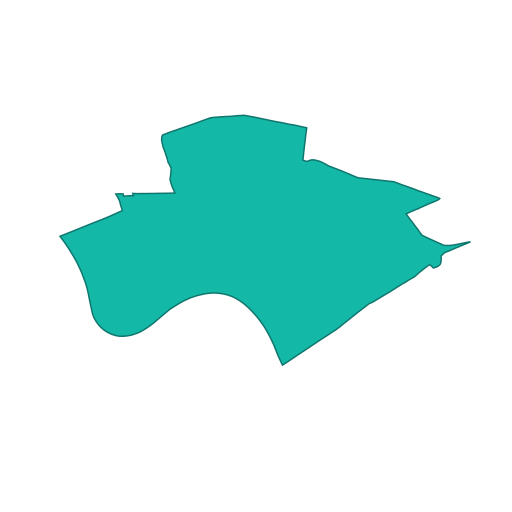 Culemborg, Gelderland, Netherlands (Mercator projection), rotated 208°
{"feature_id": "6326949B1305766701073", "entity_name": "Culemborg", "entity_type": "district", "adm_level": 2, "iso_a3": "NLD", "parent_name": "Netherlands", "parent_adm1": "Gelderland", "projection": "mercator", "projection_center": [5.204, 51.949], "detail": "fine", "context": "isolated", "style": "filled", "palette": "teal", "viewbox_px": 512, "rotation_deg": 208, "n_neighbors": 0, "source": "geoboundaries", "source_scale": "gbopen_adm2", "svg_char_len": 5997}
<svg xmlns="http://www.w3.org/2000/svg" viewBox="0 0 512 512"><g transform="rotate(208 256 256)"><path d="M438.3,181.4L434.1,179.4L430.3,177.5L425.5,175.0L421.7,172.8L418.3,170.8L414.7,168.6L411.2,166.3L407.8,163.8L404.6,161.4L401.7,159.1L398.1,155.9L395.1,153.3L392.1,150.4L389.3,147.4L386.6,144.3L383.8,140.8L381.5,138.0L376.2,131.7L373.3,128.3L370.3,125.6L366.7,123.3L363.1,121.5L359.3,120.1L358.2,119.9L355.0,119.2L351.1,118.9L346.8,119.1L342.8,119.8L338.8,121.1L336.0,122.6L335.2,123.0L331.8,125.3L328.6,127.9L325.7,130.9L323.0,134.1L320.7,137.6L318.7,141.1L316.8,144.8L315.2,148.2L315.0,148.7L310.7,159.5L307.2,168.2L306.0,170.4L302.1,177.2L299.0,182.1L296.5,185.4L294.0,188.6L291.1,191.7L288.1,194.6L285.0,197.2L283.9,198.2L281.8,199.8L278.3,202.1L276.0,203.5L273.7,204.6L270.9,205.8L267.0,207.2L263.1,208.2L258.9,208.9L254.8,209.1L250.7,209.0L246.5,208.5L242.5,207.8L238.5,206.8L234.5,205.6L232.2,204.8L231.0,204.4L226.7,202.8L222.5,200.9L218.8,199.1L215.5,197.4L211.9,195.2L208.5,193.0L205.1,190.7L201.7,188.2L198.5,185.8L197.1,184.6L192.4,180.6L189.7,178.3L182.0,172.5L181.4,172.1L178.8,176.7L178.1,178.0L177.2,179.7L173.5,186.7L163.7,204.9L162.7,206.6L161.4,209.2L160.6,210.7L159.1,213.4L155.4,220.0L152.3,225.8L151.3,227.4L149.8,230.6L148.8,232.6L147.2,236.6L143.9,244.1L143.3,245.6L142.4,247.6L140.8,251.3L140.1,253.0L139.4,254.5L139.1,255.2L136.6,260.7L135.9,262.3L134.0,266.4L133.6,267.3L133.0,268.1L132.7,268.3L132.4,268.7L131.6,269.6L131.0,270.6L126.3,278.4L124.2,282.0L123.9,282.4L123.6,282.9L123.4,283.3L122.6,284.7L121.3,286.6L121.1,287.0L120.3,288.4L119.6,289.8L118.4,291.8L117.4,293.5L116.8,294.7L115.9,296.2L114.9,297.9L114.2,299.2L113.5,300.3L113.0,301.0L112.9,301.2L112.5,301.9L112.0,302.5L111.5,303.5L110.6,305.0L110.1,306.0L108.6,308.5L108.4,308.9L106.6,311.5L105.4,314.4L104.0,318.3L103.6,319.2L101.2,324.7L99.5,328.5L98.4,329.5L98.0,329.7L97.3,329.8L96.4,329.6L94.3,328.7L93.6,328.9L93.1,329.3L92.0,330.4L91.5,331.0L90.4,332.5L89.7,334.2L89.5,335.2L89.5,335.8L89.7,336.9L90.2,338.3L90.6,338.8L90.8,339.6L91.1,340.4L92.5,342.7L92.4,343.5L91.3,346.8L90.9,347.5L90.5,348.2L89.5,349.4L88.8,350.1L86.8,352.5L85.2,354.6L84.0,356.1L82.3,358.2L82.2,358.3L81.3,359.3L79.7,361.4L77.4,364.1L76.7,365.0L75.4,366.5L74.6,367.5L74.1,368.1L73.7,368.6L74.1,368.8L74.2,368.7L74.7,368.0L75.1,367.9L77.0,366.4L83.5,361.0L86.4,358.7L88.6,357.1L90.2,356.1L92.6,354.8L94.5,353.9L95.0,353.8L95.3,353.7L96.3,353.5L97.6,353.5L101.5,353.2L109.7,352.7L117.2,352.3L117.9,352.3L118.1,352.2L119.0,352.3L119.3,352.4L119.6,352.5L120.0,352.7L121.1,353.1L122.7,353.9L125.1,355.2L126.6,355.9L127.8,356.4L130.4,357.6L131.0,357.9L135.4,360.0L135.7,360.0L139.2,361.7L143.2,363.6L142.9,364.0L142.7,364.3L140.5,367.3L138.2,370.1L137.0,371.6L136.4,372.4L135.9,372.9L135.2,373.6L134.6,374.3L134.7,374.5L131.3,378.8L131.1,379.1L130.5,379.9L129.5,381.1L127.9,383.2L127.3,383.9L126.7,384.6L125.4,386.3L125.3,386.2L123.5,388.5L121.5,391.1L120.9,392.2L120.7,393.0L121.5,393.1L122.3,392.9L124.3,392.7L124.5,392.6L125.4,392.5L127.0,392.3L129.4,391.9L132.2,391.5L133.3,391.4L134.0,391.3L134.7,391.1L136.3,390.9L137.7,390.7L138.4,390.6L140.0,390.4L140.6,390.3L142.3,390.0L145.2,389.6L146.4,389.5L147.0,389.4L148.7,389.2L149.3,389.1L150.7,388.9L150.9,388.9L151.6,388.8L152.5,388.6L153.6,388.5L155.3,388.2L155.6,388.2L157.7,387.9L159.7,387.5L162.9,387.1L168.3,386.4L169.1,386.3L173.6,384.5L177.9,382.8L181.2,381.5L201.8,373.3L202.7,373.0L207.1,372.5L212.2,372.1L214.0,371.9L215.4,371.8L216.3,371.7L216.9,371.6L219.6,371.4L221.5,371.2L221.9,371.1L222.7,371.0L224.7,370.8L227.8,370.4L230.5,370.1L231.3,370.0L232.9,369.8L233.7,369.7L235.8,369.7L236.6,369.7L238.9,369.8L240.3,369.7L241.8,369.7L243.4,369.6L245.3,369.3L245.7,369.2L248.7,368.5L249.0,368.4L249.5,368.2L250.3,367.9L251.4,367.3L251.9,367.0L252.4,366.7L252.7,366.4L254.8,364.1L255.1,363.8L255.8,363.3L256.1,363.2L256.7,363.1L257.1,363.0L258.6,362.8L259.7,362.7L259.9,363.4L260.7,365.4L261.5,367.4L261.8,368.2L262.1,369.0L262.6,370.1L264.2,374.3L265.3,377.0L266.3,379.7L266.7,380.7L267.8,383.5L269.1,386.8L270.6,390.8L270.9,391.7L271.4,393.0L281.8,390.1L284.2,389.4L285.0,389.2L285.9,388.8L288.8,387.8L291.0,387.2L296.3,385.7L300.2,384.4L304.4,383.1L308.3,382.0L318.6,379.0L321.5,378.2L327.1,376.4L331.7,375.0L332.2,374.8L332.5,374.6L334.5,373.5L335.0,373.1L337.3,371.8L339.0,370.7L340.5,369.7L344.6,367.0L346.0,366.2L346.6,365.9L347.5,365.3L348.8,364.6L349.4,364.2L349.8,363.9L352.5,362.3L354.8,360.8L355.1,360.6L355.6,360.3L355.9,360.1L357.4,359.2L358.0,358.8L359.1,358.1L361.5,356.2L361.4,356.1L362.1,355.5L363.2,354.3L364.4,353.0L365.0,352.3L365.9,351.3L366.5,350.7L367.0,350.1L368.2,348.8L368.3,348.7L369.1,347.7L377.0,339.1L379.3,336.6L383.4,332.2L386.3,329.0L388.5,326.7L391.3,323.6L392.0,322.8L393.9,320.5L394.3,320.1L394.7,319.8L394.8,319.6L395.0,319.3L395.1,319.2L395.2,318.8L395.2,318.5L395.2,318.1L395.2,317.7L395.1,317.3L395.0,316.9L393.9,314.2L392.3,312.2L390.7,310.4L389.7,309.1L389.4,308.8L388.4,308.0L387.0,306.7L386.0,305.9L385.4,305.3L384.7,304.7L384.3,304.2L383.8,303.8L383.1,303.0L382.3,302.4L381.1,301.2L380.7,300.7L379.8,299.9L377.9,297.8L377.6,297.4L377.0,297.0L375.7,296.3L375.3,296.0L372.1,293.6L371.9,293.3L371.7,293.0L371.6,292.7L371.5,292.3L371.2,291.6L370.1,289.2L368.4,284.7L367.8,283.2L367.6,282.8L367.2,282.4L363.4,278.6L360.9,276.5L359.8,275.7L358.9,275.0L357.7,274.0L357.4,273.7L357.2,273.5L365.3,268.9L367.2,267.9L373.9,264.2L375.3,263.4L379.7,261.0L381.0,260.3L390.2,255.3L393.1,253.9L394.2,253.4L392.8,252.2L392.5,251.9L401.1,246.7L402.5,248.5L404.0,247.7L406.3,246.5L407.8,245.6L408.9,244.9L406.6,243.5L405.7,243.0L405.0,242.5L404.4,242.1L403.0,241.1L402.4,240.6L401.6,239.8L401.1,239.3L399.4,237.3L397.8,235.8L396.1,234.2L395.7,233.7L395.4,233.2L395.5,233.0L395.9,232.6L402.5,224.1L402.4,224.1L403.2,223.1L403.3,222.9L404.5,221.5L405.8,220.0L408.7,216.4L413.9,210.4L417.7,205.9L422.9,199.7L423.2,199.4L423.8,198.6L425.3,196.8L425.9,196.1L426.2,195.7L438.3,181.4Z" fill="#14b8a6" stroke="#0f766e" stroke-width="1.5"/></g></svg>